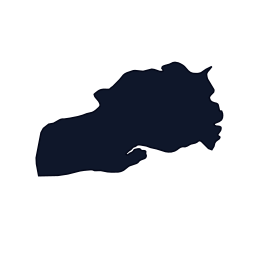 an SVG outline of Khenchela, rotated 68°
{"feature_id": "DZA-2219", "entity_name": "Khenchela", "entity_type": "Province", "adm_level": 1, "iso_a3": "DZA", "parent_name": "Algeria", "parent_adm1": "", "projection": "equal_earth", "projection_center": [7.088, 34.922], "detail": "fine", "context": "isolated", "style": "filled", "palette": "ink", "viewbox_px": 256, "rotation_deg": 68, "n_neighbors": 0, "source": "natural_earth", "source_scale": "10m", "svg_char_len": 2714}
<svg xmlns="http://www.w3.org/2000/svg" viewBox="0 0 256 256"><g transform="rotate(68 128 128)"><path d="M85.4,74.2L84.3,73.4L83.9,72.2L84.0,70.0L84.5,65.8L84.3,61.8L84.8,59.8L86.6,57.0L88.4,55.3L90.3,53.8L92.2,52.7L97.6,50.8L99.7,49.6L101.1,48.2L102.1,46.7L103.6,43.3L104.0,41.6L104.2,39.5L102.9,33.7L102.4,27.3L104.2,30.4L105.5,33.0L106.5,34.3L107.9,35.2L110.5,35.8L112.5,36.0L124.6,34.1L125.6,34.4L126.8,35.3L128.8,39.8L130.4,41.4L133.5,41.4L135.4,40.3L137.0,38.6L138.2,36.9L139.3,36.0L140.3,35.8L145.8,36.7L146.5,36.5L146.9,36.1L147.0,35.8L147.1,35.4L147.5,34.9L147.9,34.9L150.0,35.0L151.9,35.6L153.9,36.7L155.4,38.3L156.1,40.9L156.1,45.5L156.6,46.9L158.3,46.6L159.3,45.5L160.3,43.5L161.1,42.3L162.2,41.6L163.6,42.1L165.0,43.2L167.5,47.1L168.7,47.5L169.5,47.1L170.4,46.3L171.2,46.4L172.1,47.4L173.0,51.0L173.5,52.0L174.3,53.2L177.2,55.3L179.5,58.4L177.1,61.0L167.7,65.0L166.4,66.4L166.4,67.9L166.9,69.4L167.0,71.3L166.3,75.8L166.5,77.7L166.8,79.7L166.7,82.0L165.6,84.5L165.4,86.6L165.8,88.7L166.4,90.9L166.7,93.3L166.3,96.8L165.3,99.5L163.9,102.0L158.0,109.2L154.4,114.4L151.4,117.7L148.1,123.0L147.4,124.6L147.2,125.7L147.3,126.4L147.5,127.0L147.6,127.6L147.7,128.4L147.6,129.9L147.7,130.6L147.9,131.2L148.5,132.3L149.0,133.5L149.2,134.2L149.4,135.5L149.8,136.7L150.8,139.1L151.2,139.5L151.8,139.6L152.5,139.1L152.8,138.5L152.8,137.9L152.4,136.7L152.2,136.0L152.1,133.8L152.0,133.2L151.8,132.5L151.6,131.9L151.3,131.4L150.9,130.9L150.6,130.4L150.6,129.5L151.0,127.0L151.3,126.1L151.6,125.3L152.0,124.8L152.6,124.5L153.1,124.4L153.8,124.0L154.4,123.3L155.0,121.7L155.5,120.9L156.0,120.5L156.5,120.4L158.0,121.2L158.7,121.4L160.0,121.4L160.7,121.6L161.3,122.0L161.7,122.4L162.1,122.9L162.3,123.6L162.4,124.3L162.3,127.3L162.3,128.1L162.4,128.8L162.5,129.4L162.7,130.0L163.3,131.2L163.6,131.7L163.8,132.6L163.9,133.6L163.5,140.7L163.6,141.4L163.7,142.1L165.2,147.1L165.4,148.0L165.5,149.1L165.5,151.0L165.2,152.6L165.0,153.6L162.7,159.6L160.8,163.5L157.1,169.2L155.2,174.2L154.9,174.9L153.6,176.3L153.2,176.9L152.6,178.2L150.7,184.4L149.7,188.6L148.0,201.0L145.7,210.6L138.8,228.7L127.0,226.3L121.3,224.3L99.7,210.3L96.7,206.6L94.8,200.1L95.8,195.3L94.9,188.4L94.9,186.8L95.3,185.1L95.8,184.1L97.2,178.5L98.8,170.1L99.3,165.4L99.4,161.0L100.2,155.5L100.1,153.7L99.6,151.4L98.1,147.2L97.3,145.9L96.7,145.4L96.0,145.1L95.1,144.9L93.8,144.9L92.1,145.1L87.2,146.7L85.9,146.9L84.1,146.7L83.6,145.4L82.7,142.3L82.4,140.5L82.4,138.7L82.9,136.4L84.9,131.7L85.2,130.6L84.4,128.5L83.9,126.4L80.1,117.6L77.3,112.5L76.7,110.5L76.5,108.3L76.8,103.2L76.9,101.7L77.4,100.0L81.2,92.8L82.4,84.0L83.7,81.8L87.4,77.5L88.3,75.6L88.3,74.2L87.7,73.7L86.8,73.7L85.4,74.2Z" fill="#0f172a" stroke="#020617" stroke-width="1.5"/></g></svg>